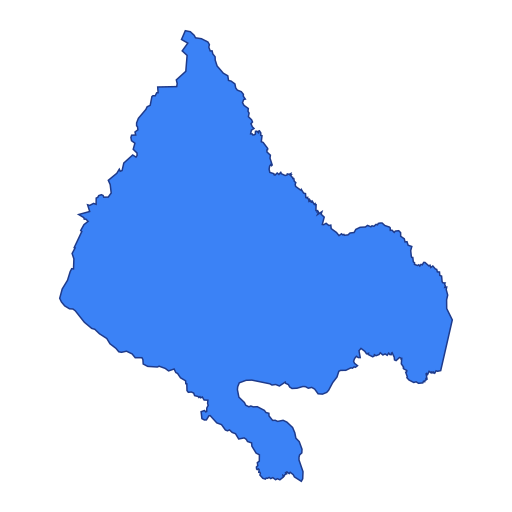 Fuente De Oro, Meta, Colombia (Natural Earth projection)
{"feature_id": "7082276B73436966556792", "entity_name": "Fuente De Oro", "entity_type": "district", "adm_level": 2, "iso_a3": "COL", "parent_name": "Colombia", "parent_adm1": "Meta", "projection": "natural_earth1", "projection_center": [-73.571, 3.391], "detail": "fine", "context": "isolated", "style": "filled", "palette": "blue", "viewbox_px": 512, "rotation_deg": 0, "n_neighbors": 0, "source": "geoboundaries", "source_scale": "gbopen_adm2", "svg_char_len": 6057}
<svg xmlns="http://www.w3.org/2000/svg" viewBox="0 0 512 512"><path d="M452.3,319.9L446.7,308.6L446.6,299.8L447.7,295.1L446.2,289.6L446.7,287.1L444.8,287.4L445.4,286.1L444.6,284.0L445.1,283.0L442.9,282.8L442.1,281.7L441.6,276.1L439.8,275.4L439.5,272.0L437.4,271.9L436.7,269.4L435.4,269.0L432.8,266.0L430.8,267.5L430.0,265.2L428.9,265.9L424.9,262.4L423.7,262.4L422.3,264.8L421.0,264.4L419.8,266.0L418.8,264.8L417.5,265.5L414.5,264.4L414.6,262.9L413.3,261.8L412.8,257.5L411.7,257.4L411.3,256.2L410.7,250.6L411.8,246.5L408.1,245.2L407.0,241.7L405.0,241.9L404.3,238.8L400.7,236.3L400.6,232.6L398.7,230.7L395.3,231.1L394.2,232.4L392.0,230.2L390.3,230.4L390.2,227.9L389.5,227.1L384.8,225.5L382.1,223.0L380.3,223.0L378.3,223.4L377.5,224.8L376.0,224.4L373.9,226.3L372.0,225.8L370.9,226.8L367.5,225.4L365.4,227.0L360.1,227.3L355.8,229.4L354.1,232.5L350.0,233.0L348.0,234.9L344.3,235.3L343.9,234.4L342.6,234.8L341.5,233.8L339.0,235.6L336.5,232.5L331.2,228.6L330.8,225.1L328.9,225.5L326.1,223.3L323.7,224.7L322.3,224.5L324.2,217.1L321.1,214.2L321.9,211.7L317.6,214.5L318.6,212.4L318.2,211.5L317.1,211.8L317.4,210.6L315.9,210.5L316.1,204.7L315.4,204.8L315.1,203.6L314.2,204.3L312.4,201.4L312.0,202.3L311.2,202.1L311.2,201.1L309.9,201.3L310.4,200.8L309.5,199.4L308.8,200.3L308.6,199.0L307.3,198.3L307.6,197.4L305.8,197.5L305.5,193.6L303.6,193.1L301.4,189.6L301.2,190.3L300.2,189.8L295.6,186.4L295.2,184.3L295.8,182.6L294.3,181.3L293.8,178.6L292.8,178.6L292.7,177.4L291.6,176.8L290.8,175.5L291.2,174.9L290.4,175.0L290.9,173.5L289.1,174.3L287.3,173.9L287.0,175.0L285.1,175.5L280.7,173.4L281.1,171.8L278.9,174.5L277.2,173.0L275.0,175.1L274.0,174.7L273.9,173.7L269.8,172.4L269.1,169.2L269.6,166.2L270.7,164.6L271.5,165.7L272.2,165.0L270.0,158.2L270.4,155.2L267.0,152.0L266.8,150.0L267.6,149.7L267.7,148.5L263.2,142.5L261.3,141.7L262.0,135.7L260.7,135.3L260.8,132.9L259.4,130.8L258.4,131.2L258.4,132.7L256.7,131.2L255.5,131.3L255.3,134.2L254.3,134.8L252.9,135.0L252.2,133.9L250.6,133.8L251.4,130.2L254.0,128.5L252.3,126.8L251.0,123.7L252.5,122.0L251.6,119.8L248.4,116.7L249.1,113.1L248.0,111.3L248.3,108.5L244.0,105.4L242.5,102.7L243.7,99.5L245.3,99.1L243.3,96.2L243.4,94.3L241.3,91.7L237.3,90.1L235.7,87.9L234.9,83.9L231.1,81.1L228.5,80.4L227.8,75.8L223.3,73.2L217.1,66.0L215.2,60.1L215.1,56.8L212.8,53.9L212.1,50.9L210.2,50.9L208.8,47.2L209.4,44.6L207.9,42.0L201.4,38.7L195.5,37.8L194.2,35.3L190.3,31.7L185.3,30.7L181.5,39.5L187.8,43.1L182.2,50.9L187.1,55.4L185.8,71.3L176.3,79.9L177.2,83.6L176.7,86.6L157.7,87.0L158.1,92.7L156.7,92.8L155.2,95.8L153.0,95.7L151.9,96.6L150.2,105.3L147.1,106.8L145.9,109.4L138.4,118.3L136.6,122.9L136.6,125.8L137.5,126.7L137.9,129.8L135.0,132.0L135.7,135.0L131.6,135.2L130.9,137.5L131.5,140.7L134.9,143.2L133.2,149.3L137.0,153.0L137.1,155.5L136.0,157.1L132.7,155.0L123.8,163.0L122.1,170.5L120.2,171.3L119.3,169.2L116.8,173.3L108.3,180.3L110.2,184.6L111.2,193.0L108.2,197.1L103.8,197.2L103.1,195.5L101.4,194.7L98.7,195.6L97.8,197.3L96.2,198.1L96.1,204.3L93.6,203.4L89.7,205.4L87.6,204.8L89.7,211.5L78.7,214.5L83.8,217.6L84.2,219.1L86.0,219.2L88.1,221.4L84.0,224.6L80.7,230.5L81.8,231.5L74.2,247.6L75.1,247.9L72.1,253.5L73.9,258.9L73.5,268.9L71.7,268.7L70.2,271.6L67.5,280.3L62.2,289.0L59.7,298.3L61.4,301.9L64.7,305.9L69.5,308.8L72.9,309.0L75.2,310.7L84.4,322.3L91.7,328.4L94.8,329.3L99.5,333.8L106.8,338.5L110.0,343.8L116.0,348.4L118.8,351.8L121.5,352.3L126.5,351.2L132.1,353.9L135.2,357.7L141.9,357.7L142.9,359.5L143.2,364.0L147.7,366.4L157.4,367.0L159.1,366.2L165.2,368.4L168.6,370.9L174.1,369.0L175.8,372.5L177.6,373.5L180.5,377.8L185.6,380.8L185.8,383.7L186.8,383.8L187.0,390.6L188.3,392.3L191.4,392.0L193.7,393.1L194.6,395.6L198.1,396.5L198.9,397.5L199.9,396.6L200.7,397.8L202.3,397.0L204.1,400.0L207.9,400.2L207.6,403.5L208.2,405.3L206.8,408.0L206.7,411.5L205.7,411.9L204.5,410.5L201.1,411.7L201.9,418.6L204.4,420.0L206.4,419.9L208.9,415.8L210.2,415.6L216.8,422.9L221.5,424.6L225.4,430.0L227.5,430.8L229.5,429.9L232.1,432.4L235.5,433.7L238.7,439.0L244.2,437.9L246.3,439.4L247.5,441.5L251.6,442.9L251.9,446.2L256.1,453.1L259.4,454.8L259.3,461.1L257.3,462.7L257.8,465.6L256.4,467.0L256.6,469.0L257.2,469.6L258.5,468.9L259.1,469.7L258.8,472.3L259.9,472.3L260.4,473.3L259.9,475.0L262.8,478.3L265.4,479.1L266.1,478.1L267.6,478.3L269.1,477.4L270.7,478.6L272.8,477.6L275.6,479.7L277.4,478.7L279.9,479.8L283.3,477.1L283.0,475.4L284.1,476.1L285.0,474.5L286.6,473.8L285.6,472.7L286.9,471.9L289.2,473.6L290.2,472.3L293.2,474.6L294.4,476.9L301.3,481.3L302.7,478.8L303.0,471.7L299.0,460.0L299.0,457.2L299.6,454.9L301.8,452.9L302.0,449.2L299.2,441.6L295.9,438.2L294.8,432.8L292.6,427.5L286.9,422.1L283.1,420.3L277.7,421.4L275.2,420.3L272.6,420.4L269.0,415.9L268.9,413.3L265.9,412.5L264.4,410.4L257.3,406.7L253.4,406.9L250.8,406.0L248.9,406.8L245.7,405.2L244.4,402.5L238.9,397.2L237.4,389.7L237.7,386.7L239.3,382.8L246.1,380.3L251.8,380.1L269.9,383.8L271.9,385.0L275.7,384.5L279.4,386.0L285.2,382.1L285.6,383.3L288.4,384.6L289.7,387.0L292.0,388.5L297.1,388.2L302.8,386.5L305.4,386.6L308.3,388.2L311.7,387.4L314.7,389.1L318.1,393.8L322.5,394.1L326.7,392.4L328.6,390.3L332.7,382.6L337.0,377.0L338.8,371.3L340.5,370.4L345.8,370.3L351.0,367.8L352.4,368.2L354.1,366.9L355.4,367.3L357.5,365.7L354.5,363.3L353.6,361.3L354.6,358.5L356.4,356.3L358.3,357.6L360.2,357.6L359.0,350.7L361.0,348.4L364.8,351.3L366.5,353.8L368.5,353.3L368.2,354.5L372.7,356.8L374.0,356.2L374.4,354.7L376.0,355.7L379.1,354.5L380.3,352.8L382.9,355.0L385.1,353.9L387.2,355.3L388.7,353.1L389.9,354.6L391.2,354.7L391.5,353.2L392.1,352.7L394.2,357.1L394.5,359.9L396.1,360.6L399.5,357.5L401.0,358.1L401.1,359.0L401.7,358.7L401.3,363.8L403.6,367.2L403.2,368.0L403.8,368.9L406.8,370.5L406.6,371.9L405.7,372.2L407.3,376.7L406.9,377.7L409.0,380.0L413.8,382.5L416.1,381.8L418.5,383.3L422.8,382.9L423.5,381.3L424.7,381.7L425.0,380.5L426.2,379.8L426.0,378.6L427.0,378.9L426.1,373.8L426.6,373.4L427.6,374.5L429.1,371.3L431.1,372.9L431.4,372.0L432.8,372.4L433.1,373.6L433.4,372.1L434.7,373.2L436.1,370.8L437.5,371.3L440.7,370.6L452.3,319.9Z" fill="#3b82f6" stroke="#1e3a8a" stroke-width="1.5"/></svg>